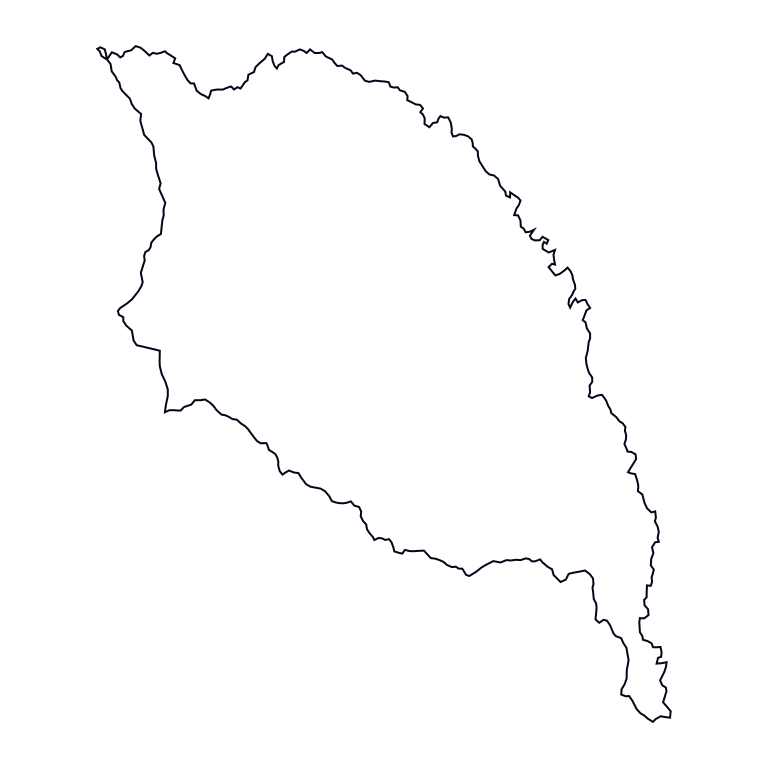 the district of Goianorte, Tocantins, Brazil
{"feature_id": "56859067B40911142932648", "entity_name": "Goianorte", "entity_type": "district", "adm_level": 2, "iso_a3": "BRA", "parent_name": "Brazil", "parent_adm1": "Tocantins", "projection": "natural_earth1", "projection_center": [-48.98, -8.921], "detail": "fine", "context": "isolated", "style": "outline", "palette": "ink", "viewbox_px": 768, "rotation_deg": 0, "n_neighbors": 0, "source": "geoboundaries", "source_scale": "gbopen_adm2", "svg_char_len": 6022}
<svg xmlns="http://www.w3.org/2000/svg" viewBox="0 0 768 768"><path d="M164.9,412.2L169.6,410.2L174.0,410.2L177.4,410.5L180.7,410.5L183.9,407.1L187.1,406.0L191.3,404.6L194.9,400.2L200.6,400.2L205.1,399.5L209.8,402.5L213.2,405.6L216.5,410.1L221.5,414.6L225.1,415.2L229.0,416.9L232.3,419.0L236.8,419.7L241.0,423.5L245.3,426.3L248.3,429.5L251.4,433.8L254.4,437.8L257.1,441.1L260.7,443.3L266.4,443.1L267.8,446.4L268.9,449.9L272.7,452.2L275.3,454.1L277.2,457.3L278.3,461.6L278.2,465.6L279.7,471.1L282.5,474.6L285.0,472.8L289.0,470.5L293.8,472.5L298.5,473.1L301.1,477.5L306.1,484.2L310.5,486.7L314.7,487.5L320.6,488.6L325.0,491.2L329.2,496.1L331.8,501.1L335.9,502.5L339.2,503.1L342.9,503.3L346.2,502.9L350.9,501.4L354.3,505.6L359.1,507.0L361.2,511.6L360.7,516.1L362.9,520.8L366.2,524.5L367.0,529.2L369.5,533.1L372.9,537.0L374.3,540.0L378.8,537.9L382.1,538.4L385.1,539.9L389.1,539.2L391.5,542.3L393.3,547.1L394.3,551.4L398.8,552.8L402.3,553.6L404.9,549.9L409.7,551.1L413.8,551.2L418.0,550.9L423.9,550.6L430.8,558.1L435.1,558.6L439.6,560.1L443.7,562.0L446.9,564.9L451.9,567.1L455.8,566.7L458.9,568.7L462.3,568.7L464.3,571.9L466.1,574.9L469.3,576.0L476.1,571.8L481.8,567.3L485.7,565.0L493.3,561.1L500.5,562.5L506.5,560.1L510.9,560.5L515.6,559.8L520.6,560.1L525.8,558.4L529.2,559.0L531.8,561.3L535.1,561.3L540.1,559.4L542.4,562.3L547.9,567.0L552.0,569.2L553.7,575.2L556.1,577.5L560.5,582.0L565.8,579.6L568.7,573.9L572.9,572.8L577.9,571.9L585.1,570.5L589.7,574.1L593.0,578.4L593.5,584.1L592.5,587.7L593.1,592.0L593.8,599.2L596.1,603.4L596.6,607.9L596.1,613.6L595.5,619.3L599.2,622.8L603.6,619.8L607.0,620.7L610.1,625.3L613.5,633.5L615.9,636.2L621.1,638.1L623.6,643.5L626.4,647.7L627.9,656.2L628.6,660.1L627.9,664.1L626.8,670.0L626.6,678.5L624.6,684.3L621.5,689.4L621.3,694.6L625.8,696.3L629.1,696.0L632.3,700.6L636.7,709.2L640.6,713.4L644.1,715.4L647.6,718.5L652.9,721.9L655.6,719.1L660.7,716.3L665.7,717.1L670.0,717.7L670.7,711.2L663.1,702.3L666.5,691.1L665.8,687.5L662.3,685.3L660.1,680.4L664.2,672.1L665.9,667.2L666.6,662.2L661.7,663.2L656.6,663.6L658.0,657.9L661.1,656.8L661.6,652.3L660.5,647.0L656.0,647.3L653.0,647.2L651.6,643.4L647.6,641.1L643.0,639.8L642.4,636.2L639.9,632.2L639.3,622.4L639.9,618.1L644.1,618.4L648.5,615.1L648.1,609.4L644.6,605.3L644.1,600.0L646.6,597.3L646.7,591.1L647.0,585.4L650.8,585.8L652.1,581.8L651.6,577.3L652.8,573.7L653.8,569.6L650.8,565.4L651.2,559.0L653.4,553.1L652.0,547.3L655.1,542.3L658.8,541.8L657.6,537.9L658.8,532.0L657.6,526.5L654.9,521.4L655.9,517.5L655.2,511.4L651.3,512.4L647.1,508.4L644.5,502.8L642.3,494.4L637.9,491.2L638.3,486.4L637.8,483.0L636.6,478.6L635.1,474.1L630.7,473.3L628.0,472.2L630.9,467.5L633.8,462.9L636.1,459.0L635.6,454.4L631.3,451.9L627.6,451.6L626.1,447.7L624.4,443.9L625.9,439.4L626.2,435.2L624.9,430.8L625.4,426.9L622.6,423.3L619.4,421.2L616.3,417.2L611.3,413.1L610.4,409.4L608.3,406.1L606.2,400.8L604.4,398.0L602.0,394.8L597.3,395.6L592.1,398.0L588.7,396.3L590.1,392.3L589.6,385.6L592.2,381.9L592.2,377.4L589.0,372.9L587.5,368.2L586.5,364.3L585.8,358.0L587.7,350.8L588.7,342.1L590.1,338.5L590.1,333.5L586.9,328.5L585.6,322.5L582.7,320.1L584.1,316.8L586.4,310.4L590.1,308.0L587.6,304.2L585.5,299.9L582.0,300.2L577.8,302.4L575.5,298.5L572.9,301.9L570.1,307.6L568.5,304.0L569.2,298.9L572.1,295.0L573.4,291.8L575.3,288.8L574.9,284.6L573.1,279.7L572.3,275.1L570.7,271.5L567.6,267.6L563.8,271.0L559.5,274.0L555.3,275.4L548.6,267.1L551.9,263.8L555.0,264.6L554.2,260.4L553.5,254.6L555.0,249.9L548.7,252.5L542.7,248.9L542.6,245.0L544.0,241.9L546.7,243.7L548.3,240.1L542.6,236.8L539.7,240.2L534.9,240.4L531.5,238.9L529.9,235.7L534.0,229.7L529.9,231.7L525.7,232.3L523.7,228.7L520.8,226.6L520.5,220.6L518.1,215.4L514.2,215.1L516.4,208.7L519.0,204.8L520.5,200.4L517.7,197.4L514.1,195.1L510.2,192.3L510.0,197.4L506.1,195.7L505.2,191.5L500.1,185.7L498.1,179.0L494.0,175.5L489.3,174.4L485.7,171.2L483.2,167.3L479.4,161.3L477.9,155.6L477.8,151.3L475.4,148.7L472.9,146.5L472.7,143.0L471.6,139.3L467.8,136.2L463.8,134.8L459.4,134.3L456.5,135.9L453.1,136.5L451.6,132.9L451.8,128.7L450.8,122.6L448.2,117.4L444.0,117.6L440.4,116.1L438.5,118.7L437.2,122.3L433.0,123.0L429.4,127.2L424.5,124.0L424.7,118.3L422.9,114.5L420.3,112.1L423.0,108.5L420.1,104.9L415.8,104.4L412.3,102.6L407.2,100.1L407.6,96.1L404.9,91.9L399.9,90.3L397.7,87.2L394.1,87.6L390.4,86.6L388.8,82.3L384.9,81.5L380.0,81.2L375.1,80.6L369.3,81.9L364.9,80.7L360.8,75.3L357.0,72.8L353.0,73.6L350.6,70.3L345.2,67.9L342.0,65.6L337.3,66.0L334.7,63.1L332.1,59.4L328.8,57.9L325.8,56.4L322.2,52.1L319.1,53.0L314.7,53.0L310.0,49.4L306.7,53.0L303.5,50.8L299.8,49.4L295.0,51.7L292.0,51.5L287.6,54.3L284.3,57.0L284.0,61.9L278.6,65.1L276.9,68.5L274.6,66.0L272.7,61.2L271.9,56.2L267.8,53.9L264.8,58.7L259.3,63.4L255.5,67.2L254.0,72.0L248.4,74.7L247.5,80.4L244.9,82.1L242.9,85.1L240.5,88.5L237.4,87.2L234.0,89.5L231.2,86.5L226.9,87.8L223.1,89.5L216.4,89.6L211.1,90.6L210.1,94.4L208.5,98.3L205.3,96.1L200.7,94.0L196.7,90.7L194.0,83.4L190.6,83.4L187.6,80.2L184.8,75.5L182.1,70.3L179.6,65.1L173.4,63.0L175.2,58.3L167.4,53.4L164.8,51.3L160.9,52.8L156.7,53.8L152.9,52.8L149.4,55.5L144.2,50.6L140.5,47.7L135.6,46.1L131.3,50.2L124.7,52.0L122.9,56.0L120.2,57.4L117.2,54.5L111.9,52.3L109.6,55.5L107.1,59.6L110.5,63.9L111.7,71.3L113.8,74.2L115.8,77.0L117.1,80.2L119.3,82.6L120.5,88.1L122.6,91.3L129.9,98.7L131.8,104.0L134.7,108.5L141.1,114.0L140.3,120.7L144.2,134.9L151.5,142.6L153.4,146.6L154.2,155.6L156.1,163.0L156.1,168.5L157.6,174.0L160.6,183.4L159.1,188.9L165.3,202.9L163.5,209.5L163.7,215.5L162.4,220.1L160.9,234.0L156.7,236.6L153.8,239.5L151.3,242.7L150.5,247.4L148.6,250.2L145.3,252.1L144.1,256.1L144.7,260.4L140.8,272.9L142.7,282.1L141.6,285.7L138.2,291.5L132.0,299.3L127.0,303.5L120.2,308.0L117.9,311.0L118.9,314.8L123.3,317.2L123.3,321.0L126.2,325.5L131.9,330.6L133.6,340.6L136.7,345.2L159.8,350.7L159.6,360.8L159.8,366.3L161.8,374.2L165.3,381.6L167.8,389.3L167.8,396.0L165.9,405.0L164.9,412.2ZM107.1,59.6L105.7,53.0L104.8,49.4L100.4,47.3L97.3,48.9L99.8,51.5L101.5,56.0L107.1,59.6Z" fill="none" stroke="#020617" stroke-width="2"/></svg>